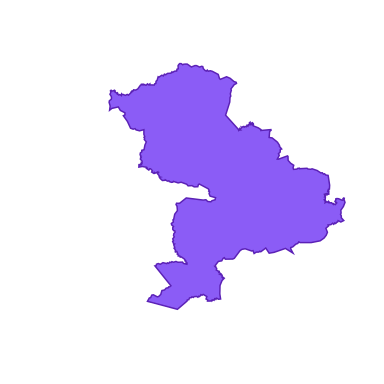 Na Klang, Nong Bua Lam Phu, Thailand (orthographic projection), rotated 134°
{"feature_id": "78962969B44929961465938", "entity_name": "Na Klang", "entity_type": "district", "adm_level": 2, "iso_a3": "THA", "parent_name": "Thailand", "parent_adm1": "Nong Bua Lam Phu", "projection": "orthographic", "projection_center": [102.242, 17.313], "detail": "fine", "context": "isolated", "style": "filled", "palette": "violet", "viewbox_px": 384, "rotation_deg": 134, "n_neighbors": 0, "source": "geoboundaries", "source_scale": "gbopen_adm2", "svg_char_len": 6004}
<svg xmlns="http://www.w3.org/2000/svg" viewBox="0 0 384 384"><g transform="rotate(134 192 192)"><path d="M286.5,121.0L273.9,119.8L272.9,120.4L271.7,119.5L269.9,120.2L268.4,119.1L267.4,119.2L266.9,117.8L265.8,117.8L263.9,116.1L263.6,114.7L262.5,114.8L262.4,114.2L260.5,113.8L259.7,114.3L259.1,113.0L257.9,112.8L256.9,108.7L259.2,107.6L258.7,105.8L259.7,105.1L257.5,102.9L256.2,102.6L256.5,102.0L255.0,102.0L254.6,100.9L252.9,101.6L252.4,101.2L252.6,100.2L251.2,100.4L250.8,98.5L249.1,97.1L246.0,101.2L239.8,106.9L234.8,108.9L231.6,108.9L231.8,110.8L232.5,110.5L232.5,111.1L230.9,112.5L231.6,114.1L231.0,113.7L230.7,114.1L231.0,116.1L230.4,117.0L231.2,117.0L230.6,118.4L231.3,120.2L229.8,121.2L229.6,123.6L229.2,123.1L228.5,124.3L223.6,124.8L220.9,122.8L218.1,123.5L216.8,123.1L217.2,121.4L211.9,116.1L210.3,115.5L200.8,116.7L198.5,116.2L195.9,114.3L193.0,108.1L191.8,107.4L193.1,104.6L190.6,104.0L188.8,102.2L187.6,102.1L187.2,101.0L181.1,100.0L182.4,94.0L178.5,91.1L167.7,85.6L165.8,76.9L164.3,81.5L163.4,82.4L161.5,81.4L157.4,81.1L155.6,80.2L153.7,80.5L153.3,79.1L145.7,71.2L138.1,65.9L133.4,65.0L129.9,65.4L126.9,66.6L125.1,70.5L121.6,70.2L121.2,71.2L119.0,69.4L116.7,69.1L116.8,67.7L115.2,67.8L115.3,67.1L114.5,66.7L113.5,67.0L112.4,66.4L111.1,67.0L110.2,64.1L107.1,63.0L106.8,66.7L105.4,68.1L104.9,69.7L103.6,70.1L101.7,72.3L97.3,73.0L93.2,74.7L91.7,77.5L90.7,78.1L90.9,78.7L91.9,78.8L92.8,77.7L93.6,78.2L95.0,81.9L96.1,83.3L97.0,83.3L96.6,84.2L97.9,83.0L99.5,82.6L99.8,80.7L99.2,80.8L99.3,80.3L101.6,80.2L102.1,82.1L102.7,81.8L102.8,84.2L104.1,85.3L103.9,87.2L105.0,86.7L105.2,88.1L107.2,88.8L105.5,89.7L105.5,90.3L106.1,90.2L105.7,91.5L104.7,91.1L103.0,92.5L103.4,93.2L101.6,93.4L102.3,94.0L101.7,95.2L99.9,94.2L99.9,93.0L99.1,93.4L99.2,92.6L98.5,92.1L96.5,94.2L95.7,94.0L96.8,94.7L96.1,94.9L96.5,95.2L95.3,95.7L94.4,95.2L91.5,97.7L85.5,105.6L86.9,107.7L86.8,109.3L87.8,109.9L87.7,111.7L88.8,112.6L89.6,116.9L91.9,121.7L93.3,122.5L94.9,124.5L95.0,125.7L100.6,130.9L100.3,131.3L101.6,132.4L102.8,132.5L105.2,134.7L104.4,136.1L102.1,137.4L102.8,141.1L102.5,144.8L99.7,147.7L99.7,148.4L108.5,152.7L109.1,153.5L105.0,154.7L104.4,156.4L102.1,156.3L100.1,158.0L98.8,157.4L98.4,160.9L97.7,161.4L96.8,165.1L97.4,171.9L99.2,174.4L94.5,178.2L92.7,178.0L92.3,178.6L99.9,185.2L99.2,185.7L99.8,188.9L101.9,194.0L101.6,194.9L100.9,194.6L100.3,195.3L100.2,196.6L101.3,196.6L101.6,195.8L102.0,196.9L101.2,197.3L102.2,198.3L101.7,198.7L102.3,198.8L103.0,197.7L103.5,197.9L103.4,197.1L104.3,198.0L105.8,197.5L105.7,198.8L107.4,198.3L108.0,199.4L109.1,199.5L109.2,200.6L111.0,201.1L111.1,201.7L111.7,201.0L113.8,200.9L113.7,200.2L114.6,200.9L114.0,201.6L115.2,201.3L114.7,202.5L113.4,221.2L101.1,227.3L97.5,230.4L96.1,230.7L94.7,232.7L91.5,234.4L90.8,235.6L85.4,236.2L83.0,235.4L82.4,236.4L83.4,238.6L83.7,243.5L85.1,247.2L91.3,249.9L91.2,251.2L89.2,254.8L91.1,261.3L92.1,263.1L93.8,264.2L93.7,265.7L94.9,265.6L95.5,266.8L95.4,269.5L94.3,271.4L94.9,272.4L96.9,273.4L97.9,276.5L99.0,277.7L102.5,279.3L103.3,284.3L105.6,286.6L106.9,287.1L107.2,289.0L108.1,290.0L109.4,290.1L110.8,289.8L112.9,287.5L114.1,288.1L115.6,287.1L117.3,288.5L119.4,289.0L119.5,289.9L121.2,289.7L123.7,292.0L125.9,292.4L126.4,293.7L128.4,293.3L128.9,294.8L132.4,295.6L132.6,296.4L135.9,294.7L137.3,294.8L139.1,293.4L140.1,294.0L141.3,293.5L144.3,296.8L143.6,297.4L145.1,297.7L145.2,299.2L146.8,299.1L147.6,299.8L147.5,300.5L148.7,301.4L148.2,301.8L149.4,303.0L149.6,302.5L150.8,303.3L155.7,302.6L157.9,303.4L159.1,305.0L160.1,304.6L161.0,305.4L162.1,305.3L161.8,304.8L166.5,305.0L166.8,306.4L168.8,307.1L169.8,309.6L170.5,309.9L170.4,310.7L171.7,309.8L172.0,311.6L173.1,312.0L173.4,313.9L172.6,313.9L172.5,314.6L173.1,314.6L173.6,317.3L172.7,317.4L172.6,318.4L175.0,319.6L175.0,320.9L175.8,321.0L176.7,319.6L178.7,318.9L179.4,316.3L180.4,315.1L181.5,314.5L183.8,314.8L185.1,313.9L187.0,310.6L190.4,308.1L187.5,307.7L182.0,304.1L183.1,300.2L181.6,295.3L183.1,293.8L184.8,294.4L186.1,287.5L188.8,280.5L187.7,278.0L186.0,277.0L186.2,275.4L184.4,272.2L180.6,269.9L184.0,266.6L184.9,264.6L186.0,264.5L186.1,263.5L187.4,262.8L187.7,259.7L190.9,258.5L194.9,255.9L196.9,257.1L198.0,256.0L199.8,256.3L201.4,255.1L201.3,254.2L202.5,253.3L202.2,252.7L204.2,252.1L204.5,249.3L206.1,247.9L206.8,247.7L206.7,248.2L207.3,247.6L207.7,248.4L208.3,247.8L209.2,249.1L211.0,247.5L208.2,245.5L205.7,241.7L206.0,240.8L206.6,241.0L206.2,238.3L204.6,238.6L204.1,238.0L204.2,235.3L205.7,234.9L205.1,232.2L204.6,231.9L204.0,232.5L203.8,231.5L201.4,230.6L202.1,230.1L201.6,229.7L202.8,229.6L203.1,226.9L203.9,226.2L203.4,225.3L203.9,225.6L204.4,224.4L204.3,221.3L202.4,219.6L201.8,219.8L201.3,217.3L200.0,216.4L200.3,215.6L199.3,213.5L198.2,212.6L197.3,212.8L195.1,208.3L192.5,206.6L190.1,201.2L190.3,199.1L187.4,196.4L186.8,194.0L184.2,191.5L182.1,192.6L181.2,192.3L178.4,182.5L178.9,180.9L179.8,180.6L179.7,179.4L181.3,178.6L182.4,176.1L179.7,171.1L181.5,170.0L184.4,171.6L185.9,171.6L187.9,174.1L187.9,176.6L190.0,178.3L200.3,192.0L208.8,193.1L210.8,195.3L212.1,194.8L212.7,192.8L215.5,189.6L220.0,189.0L224.7,186.0L225.3,186.3L226.5,184.6L229.0,185.0L229.8,183.8L229.7,181.3L231.0,181.1L232.3,179.8L232.5,178.1L231.9,177.5L232.6,176.3L234.6,176.1L236.2,175.0L236.6,173.6L239.1,173.3L239.9,171.5L241.0,171.6L242.1,168.9L241.7,168.4L242.7,168.4L243.8,166.0L244.5,165.4L244.9,165.7L245.2,163.7L246.2,162.9L245.7,162.2L246.3,162.0L245.4,161.4L246.3,159.4L246.9,159.5L246.8,157.7L247.5,157.5L246.5,155.9L247.0,155.2L246.1,154.6L245.5,150.7L246.3,149.1L245.8,149.0L246.0,148.3L247.2,146.8L246.6,146.2L247.5,145.5L249.3,148.5L249.0,150.1L252.4,153.4L253.1,155.3L255.4,156.5L256.1,158.1L257.3,158.1L257.9,159.3L259.5,159.2L260.1,160.5L261.0,160.4L263.0,163.8L266.0,164.6L266.9,166.6L268.6,167.4L270.0,166.6L270.9,167.3L274.1,142.0L275.8,142.2L276.5,142.9L277.4,142.6L279.1,143.8L281.5,143.7L283.8,145.2L287.4,143.3L290.3,143.4L291.5,144.1L292.8,148.4L294.1,149.3L296.7,148.4L297.9,149.1L301.6,148.1L286.5,121.0Z" fill="#8b5cf6" stroke="#5b21b6" stroke-width="1.5"/></g></svg>